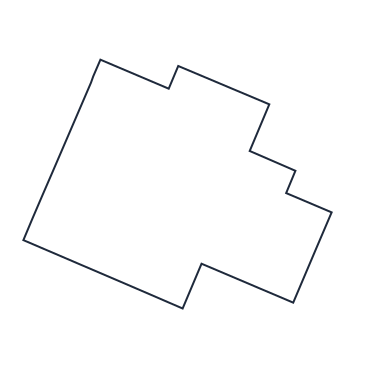 Okmulgee, Oklahoma, United States of America, rotated 293°
{"feature_id": "52423323B23150098566474", "entity_name": "Okmulgee", "entity_type": "district", "adm_level": 2, "iso_a3": "USA", "parent_name": "United States of America", "parent_adm1": "Oklahoma", "projection": "albers", "projection_center": [-95.947, 35.617], "detail": "fine", "context": "isolated", "style": "outline", "palette": "slate", "viewbox_px": 384, "rotation_deg": 293, "n_neighbors": 0, "source": "geoboundaries", "source_scale": "gbopen_adm2", "svg_char_len": 419}
<svg xmlns="http://www.w3.org/2000/svg" viewBox="0 0 384 384"><g transform="rotate(293 192 192)"><path d="M178.8,328.4L188.3,328.4L227.8,328.5L227.8,279.1L251.9,278.9L252.3,229.1L302.9,228.9L302.6,130.1L278.0,130.2L278.0,56.0L259.8,55.9L253.2,56.3L212.5,56.1L155.1,55.8L130.7,55.6L105.2,55.5L81.8,55.6L81.4,179.4L81.1,228.9L129.7,228.8L129.7,328.4L178.8,328.4Z" fill="none" stroke="#1e293b" stroke-width="2"/></g></svg>